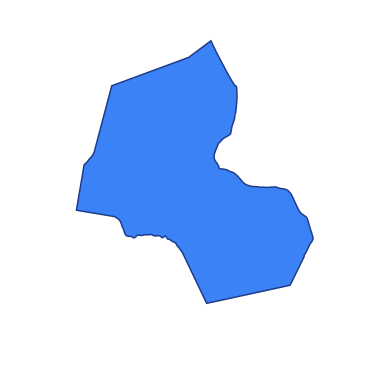 Proteccion, Santa Bárbara, Honduras (Mercator projection), rotated 144°
{"feature_id": "27666195B44112403281075", "entity_name": "Proteccion", "entity_type": "district", "adm_level": 2, "iso_a3": "HND", "parent_name": "Honduras", "parent_adm1": "Santa Bárbara", "projection": "mercator", "projection_center": [-88.617, 15.083], "detail": "fine", "context": "isolated", "style": "filled", "palette": "blue", "viewbox_px": 384, "rotation_deg": 144, "n_neighbors": 0, "source": "geoboundaries", "source_scale": "gbopen_adm2", "svg_char_len": 5862}
<svg xmlns="http://www.w3.org/2000/svg" viewBox="0 0 384 384"><g transform="rotate(144 192 192)"><path d="M93.2,269.5L92.6,273.5L91.2,283.4L90.4,288.8L89.8,292.9L89.6,293.7L88.9,297.5L88.2,301.3L87.8,303.2L115.7,302.9L194.5,325.1L245.8,283.3L247.7,281.7L248.8,281.2L249.3,280.9L250.4,280.4L251.5,280.0L252.7,279.6L254.1,279.3L255.1,279.1L255.6,279.0L256.8,278.7L257.5,278.4L258.2,278.2L259.3,278.0L260.3,277.8L263.3,277.4L296.2,245.2L268.6,217.1L268.6,216.5L268.6,216.3L268.3,215.4L268.1,215.0L267.9,214.4L267.7,214.0L267.6,213.5L267.4,212.8L267.3,212.2L267.3,211.6L267.3,211.0L267.3,210.5L267.3,210.2L267.4,209.8L267.4,209.5L267.6,208.9L267.9,207.9L268.0,207.4L268.4,206.2L268.6,205.8L268.7,205.1L269.0,204.0L269.1,203.5L269.2,202.9L269.2,202.5L269.4,202.0L269.7,201.3L269.8,200.8L270.4,198.9L270.7,197.9L270.8,197.6L270.8,197.4L270.8,197.1L270.9,196.5L270.9,196.2L270.8,195.9L270.7,195.5L270.6,195.1L270.4,194.7L270.2,194.4L270.0,194.1L269.7,193.8L269.3,193.4L268.9,193.1L268.5,192.7L268.2,192.5L268.0,192.4L267.7,192.3L267.6,192.2L267.4,192.0L266.4,189.8L266.3,189.6L266.2,189.5L266.1,189.3L265.9,189.1L265.6,188.9L265.4,188.8L265.1,188.8L264.8,188.8L264.4,188.8L264.0,188.8L263.7,188.8L263.0,189.0L262.6,189.0L262.1,189.0L261.8,189.0L261.5,189.0L261.2,188.9L260.9,188.8L260.6,188.6L260.4,188.4L260.2,188.2L259.6,187.6L259.2,187.2L258.7,186.8L258.2,186.4L257.7,186.1L257.4,185.9L257.1,185.8L256.6,185.8L256.5,185.7L256.3,185.7L256.1,185.6L255.0,184.9L253.8,184.0L253.2,183.6L252.7,183.1L252.3,182.8L251.9,182.6L251.4,182.4L250.9,182.2L250.3,181.8L250.0,181.5L249.8,181.4L249.7,181.3L249.6,181.1L249.3,180.6L249.1,180.2L248.9,179.7L248.7,179.3L248.5,179.0L248.3,178.8L247.9,178.3L247.5,177.9L247.2,177.7L246.5,177.4L246.2,177.2L245.7,177.0L245.1,176.6L244.8,176.3L244.6,176.1L244.4,175.9L244.0,175.5L243.6,174.9L243.4,174.6L243.4,174.4L243.4,174.0L243.4,173.7L243.2,173.3L243.1,173.1L243.0,172.8L242.8,172.5L242.6,172.3L242.5,172.2L242.3,172.2L241.8,172.1L240.9,172.2L240.3,172.3L240.0,172.3L239.9,172.3L239.8,172.2L239.7,172.2L239.4,171.9L239.3,171.7L239.2,171.1L239.2,170.9L239.4,168.7L239.4,168.4L239.3,168.2L238.9,167.9L238.7,167.7L238.4,167.3L238.1,166.9L237.8,166.3L237.7,166.1L237.6,165.8L237.6,165.6L237.5,165.1L237.4,164.8L237.1,163.9L237.0,163.6L236.6,162.9L235.3,160.5L235.2,160.3L235.2,160.2L235.2,159.9L235.2,159.7L235.4,159.1L235.5,158.7L235.6,158.1L235.6,157.7L235.6,156.9L235.6,156.7L235.5,156.2L235.4,155.7L235.3,154.6L235.4,150.8L235.4,148.4L245.6,93.3L167.4,58.9L139.3,73.8L139.3,74.0L139.2,74.1L139.0,74.4L138.9,74.5L138.7,74.6L138.4,74.8L137.8,75.1L136.8,75.5L136.4,75.7L134.6,76.5L132.5,77.6L131.7,78.0L130.7,78.6L130.3,78.8L129.7,79.2L129.4,79.4L129.0,79.6L128.4,79.9L127.5,80.3L126.9,80.6L126.2,80.8L125.2,81.1L124.7,81.3L124.2,81.4L123.7,81.7L123.1,82.0L122.4,82.4L122.2,82.6L121.9,82.8L121.7,82.9L121.5,83.1L121.4,83.3L121.2,83.5L121.0,84.0L120.3,85.7L119.8,87.1L119.2,88.7L118.5,91.0L117.4,94.2L117.0,95.5L116.6,96.5L115.8,98.5L115.5,99.4L115.1,100.4L114.7,101.7L114.6,102.1L114.5,102.7L114.4,103.4L114.3,103.9L114.3,104.3L114.3,104.8L114.4,105.1L114.5,105.5L114.6,105.9L115.1,107.0L115.3,107.7L115.6,108.5L116.0,109.6L116.1,110.2L116.3,110.9L116.4,111.5L116.4,112.2L116.4,112.8L116.4,113.7L116.3,114.6L116.2,115.1L115.9,116.6L115.7,118.1L115.4,119.8L114.4,124.5L113.6,128.5L113.4,129.5L113.3,130.3L113.2,131.4L113.1,131.8L113.1,132.5L113.1,133.1L113.2,134.0L113.2,134.9L113.3,135.4L113.4,136.2L113.5,136.7L113.6,137.1L113.8,137.4L113.9,137.7L114.1,138.1L114.3,138.4L114.5,138.8L114.8,139.2L115.0,139.6L115.3,139.9L115.7,140.3L116.1,140.8L116.5,141.2L117.1,141.7L117.7,142.2L117.9,142.4L118.2,142.7L118.5,143.1L119.2,143.9L119.7,144.6L120.1,145.1L120.4,145.8L120.6,146.0L120.8,146.3L121.1,146.6L121.3,146.8L122.0,147.3L122.6,147.8L123.1,148.1L124.2,148.8L125.7,149.8L126.5,150.3L127.7,151.0L128.9,151.9L131.4,153.9L133.6,155.5L134.6,156.3L134.9,156.6L135.2,157.0L135.4,157.2L136.0,157.8L136.6,158.3L137.5,159.1L138.0,159.4L138.8,160.1L139.5,160.5L139.8,160.9L140.2,161.2L140.5,161.5L141.3,162.5L142.2,163.7L142.9,164.6L143.3,165.3L143.7,165.8L143.9,166.2L144.2,166.8L144.3,167.2L144.5,167.7L144.7,168.1L144.8,168.7L145.0,169.2L145.0,169.6L145.1,170.1L145.4,174.1L145.7,177.6L145.7,178.1L145.8,178.5L146.0,179.3L146.3,180.7L146.6,181.7L146.9,182.7L147.0,183.1L147.2,183.4L147.3,183.7L147.6,184.1L147.8,184.4L148.0,184.8L148.4,185.2L148.7,185.6L149.0,186.0L149.2,186.3L149.4,186.6L149.5,187.0L149.9,187.8L150.1,188.3L150.3,188.7L150.5,189.0L150.9,189.6L151.3,190.1L151.9,190.8L152.4,191.4L152.9,191.9L153.4,192.3L154.2,193.0L154.5,193.2L155.1,193.8L155.4,194.1L155.7,194.5L155.9,194.8L156.0,194.9L156.0,195.1L155.9,195.5L155.5,196.8L155.1,197.8L155.1,198.0L154.9,200.7L154.9,203.3L154.9,203.6L154.8,204.0L154.7,204.5L154.6,205.0L154.5,205.4L154.2,206.2L154.0,206.6L153.7,207.0L153.5,207.4L153.3,207.7L153.0,208.2L152.7,208.5L152.4,208.9L151.9,209.3L151.4,209.7L151.0,210.0L149.6,211.0L148.3,211.9L146.0,213.3L143.8,214.7L143.4,214.9L143.0,215.1L142.5,215.4L141.9,215.7L141.6,215.7L141.4,215.8L136.2,216.7L135.8,216.7L135.3,216.8L135.0,216.8L134.6,216.8L128.1,216.2L127.8,216.2L127.4,216.3L127.1,216.3L126.9,216.4L126.7,216.4L126.4,216.6L126.1,216.8L125.9,217.0L124.3,218.5L122.5,220.3L121.6,221.1L121.3,221.4L120.4,222.1L119.2,222.9L115.8,225.4L114.3,226.5L114.1,226.6L113.9,226.8L113.8,227.0L113.5,227.5L113.2,227.8L113.0,228.1L112.8,228.3L112.2,228.9L111.5,229.5L111.2,229.7L110.5,230.2L110.1,230.5L109.8,230.8L108.9,231.7L108.3,232.4L105.9,235.1L103.6,237.7L102.5,239.0L100.8,241.1L99.7,242.5L99.3,243.1L98.7,244.0L97.7,245.3L96.3,247.5L95.7,248.4L94.6,250.2L94.4,250.5L94.3,250.9L94.2,251.1L94.2,251.3L94.1,251.6L94.2,251.9L94.2,252.0L94.4,252.2L94.5,252.4L94.6,252.6L94.6,252.8L94.7,253.5L94.7,254.2L94.7,254.8L94.6,256.0L94.5,257.5L94.1,261.8L93.6,266.2L93.2,269.5Z" fill="#3b82f6" stroke="#1e3a8a" stroke-width="1.5"/></g></svg>